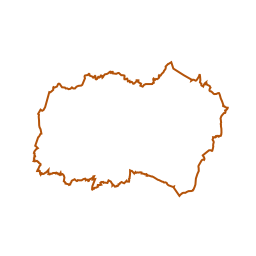 Juárez, Michoacán, Mexico (Equal Earth projection), rotated 25°
{"feature_id": "50627088B88478312202037", "entity_name": "Juárez", "entity_type": "district", "adm_level": 2, "iso_a3": "MEX", "parent_name": "Mexico", "parent_adm1": "Michoacán", "projection": "equal_earth", "projection_center": [-100.442, 19.293], "detail": "fine", "context": "isolated", "style": "outline", "palette": "amber", "viewbox_px": 256, "rotation_deg": 25, "n_neighbors": 0, "source": "geoboundaries", "source_scale": "gbopen_adm2", "svg_char_len": 5753}
<svg xmlns="http://www.w3.org/2000/svg" viewBox="0 0 256 256"><g transform="rotate(25 128 128)"><path d="M215.4,95.9L215.3,94.5L215.0,93.9L214.8,93.0L213.0,89.3L211.4,87.0L210.9,85.7L210.3,85.2L210.1,83.7L208.3,80.8L207.9,80.4L207.6,78.0L208.0,76.1L208.4,74.9L208.5,74.2L208.7,73.9L209.6,73.4L209.7,73.0L209.5,71.9L209.1,71.5L208.6,71.2L208.6,70.9L209.3,70.4L209.6,69.8L210.0,68.3L209.8,67.5L208.4,68.0L208.1,67.9L207.2,68.0L206.4,67.6L205.4,68.0L205.0,68.0L204.7,67.4L204.9,67.1L202.1,64.2L199.6,62.0L197.2,59.2L195.8,57.9L195.2,58.1L194.6,58.6L193.6,59.9L191.8,60.8L191.1,60.8L189.4,60.1L188.0,59.7L187.0,60.0L186.3,59.8L185.8,59.3L185.6,58.5L185.5,57.7L185.7,56.5L184.9,56.0L184.2,55.4L181.0,55.3L180.4,54.4L180.2,54.5L179.8,55.2L179.6,54.9L179.4,53.7L178.8,54.9L178.5,56.8L178.6,58.6L178.0,58.4L176.9,58.5L176.2,58.1L175.9,57.0L173.9,56.2L173.5,54.4L173.0,53.4L171.4,50.6L170.2,48.9L170.5,51.4L170.1,54.8L169.8,56.0L169.4,56.5L167.2,56.5L166.4,56.8L165.4,58.4L165.2,57.3L156.4,56.6L144.0,55.0L139.4,50.1L137.6,52.9L137.3,53.0L136.1,56.4L136.8,57.4L137.0,59.0L136.5,60.9L136.6,62.0L136.4,62.9L135.7,64.6L135.4,66.7L135.1,67.1L133.9,67.0L133.9,67.9L134.9,69.1L134.4,70.4L133.8,71.4L132.6,71.7L132.2,72.9L130.3,72.3L130.2,73.0L132.3,76.1L132.1,76.4L131.5,76.8L131.4,77.9L125.5,80.7L124.3,82.2L123.8,84.3L121.3,84.4L121.2,82.4L120.7,82.2L119.5,82.3L119.3,82.2L117.9,82.1L117.3,80.4L115.6,81.1L115.9,82.0L115.5,83.4L114.6,85.4L114.0,85.7L112.5,84.7L111.6,84.7L110.7,85.7L110.3,85.8L109.5,84.6L108.1,85.7L106.7,83.8L106.3,83.6L104.9,85.1L104.2,85.3L103.7,84.6L103.0,82.5L102.6,82.0L101.1,82.3L99.6,83.0L96.4,82.0L95.7,82.4L94.4,83.9L91.2,84.9L90.4,83.6L89.9,83.8L89.3,85.4L88.8,85.3L88.5,84.4L88.1,84.4L87.6,85.1L87.1,86.5L86.0,88.0L84.4,89.1L84.2,89.6L84.1,90.4L83.7,91.0L83.9,92.1L83.5,93.2L82.3,91.8L81.7,91.7L81.1,92.0L81.2,93.4L80.5,94.5L79.6,94.1L79.4,94.2L79.2,96.7L78.6,97.4L78.0,97.3L76.5,94.8L76.1,94.7L75.9,95.1L75.8,96.5L75.2,97.1L74.3,96.5L71.1,96.7L70.3,95.5L69.7,95.4L69.5,95.7L69.2,96.9L68.6,97.4L68.0,97.7L66.8,98.7L66.8,99.4L67.0,100.0L68.0,101.1L68.3,108.2L67.7,109.3L65.2,110.8L63.9,112.3L63.2,114.6L61.7,115.3L60.0,114.9L59.3,116.7L57.8,117.9L56.1,117.8L54.8,118.5L53.7,118.0L51.0,119.0L47.4,116.9L46.6,117.0L46.1,117.6L46.1,120.4L44.4,122.4L43.2,122.4L43.2,123.1L44.1,125.0L43.3,126.9L42.5,128.5L41.5,128.7L44.1,144.2L43.8,147.5L42.9,148.7L41.0,148.3L40.6,153.2L41.7,153.6L42.3,155.5L44.1,158.6L46.3,163.0L47.5,164.7L49.3,166.1L51.9,169.7L51.2,170.3L51.0,173.3L50.5,174.4L51.4,183.0L51.6,182.9L51.8,183.3L54.8,184.4L53.7,186.1L53.1,188.8L53.3,190.5L54.1,190.6L54.9,192.5L55.6,192.6L55.8,192.9L55.2,193.4L55.7,194.5L55.6,194.8L55.5,195.1L56.5,196.1L56.2,196.8L56.6,197.3L56.5,197.9L57.5,197.7L59.3,196.3L60.8,196.6L60.8,196.8L61.4,196.8L62.3,197.4L63.8,197.5L64.2,198.0L64.4,198.7L64.0,199.6L63.9,200.3L64.0,202.5L63.9,202.9L64.0,203.3L63.8,204.4L63.9,205.4L65.0,204.9L65.1,204.1L66.2,204.2L67.8,206.7L68.4,207.1L68.3,206.3L68.6,205.4L68.9,205.4L69.2,206.3L70.0,205.7L70.6,205.5L71.3,204.8L72.1,203.2L72.6,202.9L73.6,199.7L73.9,200.7L75.2,202.6L75.3,203.2L75.9,202.8L76.3,202.9L76.5,203.2L76.8,203.0L77.1,202.2L77.5,201.9L78.3,201.7L79.1,200.4L80.6,199.8L80.9,199.4L81.2,199.4L81.9,199.7L82.0,199.5L81.8,199.1L82.1,198.7L83.1,199.0L83.4,198.7L83.7,198.7L84.4,199.4L84.6,199.4L85.3,198.8L85.6,199.0L85.8,197.0L86.4,197.8L86.5,198.4L87.0,198.8L87.7,197.7L88.1,197.4L89.8,198.1L91.3,199.7L92.3,203.4L93.6,203.6L93.9,204.0L94.6,204.1L94.9,204.8L97.5,204.2L97.9,204.2L98.6,204.6L99.5,203.6L99.1,202.7L99.5,201.5L99.3,200.0L99.5,199.3L101.3,197.0L102.6,197.5L104.1,197.7L104.4,197.4L104.5,196.5L106.7,195.7L108.1,195.0L109.2,193.2L110.6,192.0L111.3,192.4L111.8,193.2L112.6,192.1L113.4,192.0L114.4,192.9L114.8,192.6L114.9,192.3L114.7,190.8L115.5,190.2L116.3,188.9L117.2,188.1L117.0,186.5L117.7,186.0L117.9,189.6L119.8,188.2L120.3,195.8L121.0,197.9L121.4,198.1L121.5,198.9L121.8,198.9L122.1,198.0L122.4,197.7L122.8,197.5L122.7,196.6L122.9,196.4L124.5,195.4L125.6,193.9L125.0,193.6L124.7,192.4L126.5,191.6L127.2,191.2L127.8,190.7L126.2,189.6L126.1,189.4L126.5,188.7L126.6,188.2L127.1,188.1L128.2,187.4L128.7,187.9L129.1,188.0L129.3,187.6L129.9,187.3L132.6,186.5L132.5,183.7L135.0,183.8L137.8,185.7L138.2,186.7L138.6,185.7L140.0,186.2L140.9,186.7L141.7,186.2L142.0,185.4L142.5,185.5L143.3,184.7L143.5,183.9L143.1,183.1L144.0,182.3L144.0,181.4L145.0,179.7L147.2,179.8L147.9,179.7L149.0,176.4L149.6,177.0L151.6,176.2L151.1,174.6L150.4,173.7L150.4,173.4L150.7,172.7L150.1,171.7L150.1,171.2L149.2,168.5L147.8,165.5L149.4,165.5L149.7,165.3L152.6,166.5L152.5,166.0L153.3,165.5L153.5,164.8L154.2,165.3L155.3,164.3L156.5,163.9L157.7,163.0L159.0,162.6L159.5,163.5L159.8,163.3L162.1,162.8L162.8,162.9L164.1,162.0L164.7,162.6L165.0,163.4L165.6,163.2L165.5,162.4L166.5,162.6L167.0,162.3L169.9,162.0L170.2,161.7L171.9,161.7L176.9,162.3L178.2,162.1L181.7,162.2L182.5,161.9L183.7,162.2L185.0,161.4L185.7,161.4L186.6,161.6L187.1,162.2L188.0,162.6L189.1,162.8L193.8,162.4L194.4,161.7L194.6,162.7L203.3,167.8L203.8,166.0L204.4,165.1L204.7,164.1L205.6,163.3L207.5,162.4L208.2,161.2L209.6,159.6L212.0,158.4L213.1,157.4L213.0,156.7L213.3,156.5L213.4,156.0L213.3,155.0L213.3,153.6L213.0,150.8L210.9,145.1L210.3,140.2L210.3,137.1L208.9,134.3L208.2,133.4L207.9,132.4L208.4,126.4L208.8,125.4L209.9,124.6L210.4,124.7L210.4,123.7L209.3,122.4L208.6,122.1L207.3,121.2L210.9,113.9L212.5,113.2L213.8,113.3L214.0,113.0L213.6,110.7L213.2,109.2L213.2,108.9L212.6,108.0L212.0,106.4L211.8,104.9L211.5,104.3L210.8,103.6L210.2,103.4L209.5,102.7L209.6,101.3L209.0,100.4L210.5,99.8L210.7,99.4L211.2,99.5L211.7,98.6L211.3,98.1L211.8,97.8L212.4,97.6L212.4,97.4L213.0,97.4L213.4,97.0L214.0,97.4L214.8,96.0L215.1,96.1L215.4,95.9Z" fill="none" stroke="#b45309" stroke-width="2"/></g></svg>